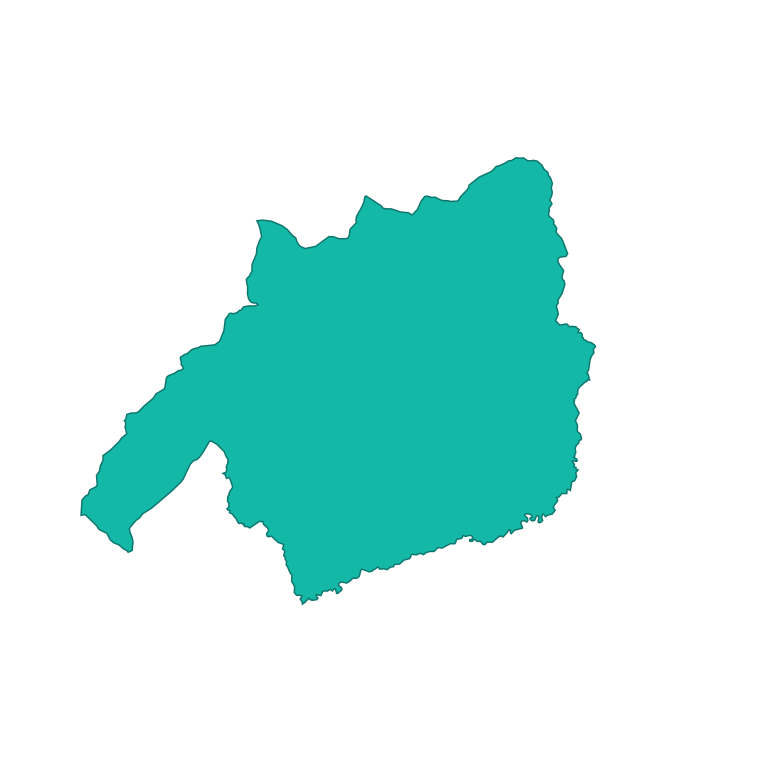 Paime, Cundinamarca, Colombia (orthographic projection), rotated 208°
{"feature_id": "7082276B96064980503158", "entity_name": "Paime", "entity_type": "district", "adm_level": 2, "iso_a3": "COL", "parent_name": "Colombia", "parent_adm1": "Cundinamarca", "projection": "orthographic", "projection_center": [-74.184, 5.386], "detail": "fine", "context": "isolated", "style": "filled", "palette": "teal", "viewbox_px": 768, "rotation_deg": 208, "n_neighbors": 0, "source": "geoboundaries", "source_scale": "gbopen_adm2", "svg_char_len": 6159}
<svg xmlns="http://www.w3.org/2000/svg" viewBox="0 0 768 768"><g transform="rotate(208 384 384)"><path d="M589.8,125.8L587.0,128.1L585.7,128.2L571.6,124.1L567.1,121.7L558.7,122.1L552.5,117.9L548.4,116.9L542.4,117.5L536.9,116.2L532.7,116.2L530.9,115.3L528.2,118.7L531.5,126.8L534.4,130.2L539.1,134.3L540.9,136.9L540.9,138.3L538.9,147.3L537.1,150.6L536.0,156.5L531.0,165.1L520.9,190.7L517.3,202.0L516.7,205.8L517.4,222.0L516.3,226.5L513.9,229.3L512.6,232.6L511.7,239.3L511.2,251.0L510.7,252.0L509.8,252.4L503.5,252.4L493.5,249.4L489.5,246.0L486.3,244.2L484.8,240.7L484.2,236.4L482.9,235.1L482.0,231.9L484.2,229.5L481.3,229.2L478.9,226.7L477.2,228.5L475.9,228.4L469.6,222.4L469.1,220.7L469.7,217.4L469.4,214.4L468.5,213.6L469.1,212.4L468.9,210.8L467.1,207.0L464.5,205.4L463.3,202.0L464.1,200.2L463.6,199.7L462.4,199.4L460.6,200.0L460.0,197.9L456.8,198.0L453.5,196.3L452.2,196.2L447.7,193.1L446.3,192.9L444.7,194.5L443.1,193.8L441.7,194.7L441.0,193.0L440.0,192.8L437.8,193.9L434.9,193.9L429.7,203.9L426.5,205.7L424.3,203.5L419.3,202.3L417.5,200.9L417.0,199.9L417.4,196.7L415.9,194.9L414.3,194.9L411.9,196.9L403.2,194.4L397.1,195.3L396.2,190.7L393.2,190.0L391.9,185.4L390.1,184.7L388.9,182.8L386.9,181.9L385.3,178.2L383.7,177.6L378.2,173.1L375.6,172.1L372.8,166.3L367.8,163.2L365.3,157.7L362.2,156.5L357.2,158.6L356.7,157.8L357.1,154.9L354.1,153.2L352.7,151.4L351.3,154.0L349.8,159.6L348.0,158.9L345.9,159.3L342.1,162.0L341.8,164.0L344.1,164.8L344.9,166.2L340.4,167.5L340.6,171.8L339.8,173.2L336.9,174.5L335.0,177.5L332.4,177.0L331.9,179.6L331.3,180.2L330.2,179.8L327.6,176.9L326.5,177.4L324.8,181.8L324.8,183.2L326.0,184.2L329.6,184.9L330.2,186.9L329.4,188.4L327.8,189.6L323.5,190.7L321.6,193.9L320.4,197.9L317.5,199.3L316.1,200.8L315.6,202.9L317.0,208.4L316.6,210.1L308.7,211.3L307.0,212.9L303.5,219.4L300.4,218.7L297.4,220.8L294.1,221.5L292.4,225.3L289.8,227.2L290.2,229.5L285.9,232.1L283.7,237.9L279.7,241.6L279.2,243.0L279.7,245.5L279.3,246.8L275.3,248.3L272.4,251.7L269.1,251.8L267.4,255.3L264.5,257.9L261.1,259.7L259.6,264.9L255.8,266.3L250.4,274.2L246.6,276.1L246.3,277.4L247.0,280.9L242.9,284.2L243.0,287.3L240.5,287.7L237.6,290.3L235.7,291.1L234.2,290.7L233.2,289.4L233.5,288.3L235.2,286.8L234.4,285.5L232.3,286.4L231.5,288.8L230.7,289.4L227.8,288.7L225.1,290.4L221.5,288.9L219.6,289.4L218.7,292.7L213.9,295.3L210.8,303.6L209.4,304.6L207.1,304.8L205.5,310.9L205.3,313.9L203.9,314.3L202.3,311.8L201.4,311.6L200.2,316.1L194.1,321.7L194.4,322.5L197.7,325.0L198.3,326.9L196.8,329.0L193.1,329.2L192.8,330.9L194.5,333.1L197.9,333.8L198.3,334.8L197.9,335.8L194.8,337.5L191.3,337.3L190.6,336.1L191.9,334.8L192.0,333.7L190.5,332.8L188.5,332.8L187.0,334.7L187.4,338.9L186.7,339.9L185.7,340.1L184.8,339.3L183.1,334.5L182.0,334.3L180.5,335.7L179.8,338.0L182.4,340.4L182.6,343.9L182.0,344.1L179.2,342.7L178.0,345.0L174.4,348.2L173.6,352.9L176.6,354.5L176.7,357.5L175.9,362.1L176.6,363.5L178.4,364.8L176.5,366.4L175.5,370.8L171.2,373.1L172.6,376.2L172.6,377.4L169.5,377.5L172.1,385.4L171.9,386.5L170.3,387.8L170.4,392.6L173.1,395.8L172.3,399.3L174.4,398.9L175.3,400.4L177.5,400.1L178.1,402.5L181.3,403.8L180.9,405.0L177.8,406.0L177.3,407.1L179.0,408.3L181.8,408.1L181.7,410.2L182.6,411.1L182.4,413.3L185.1,417.2L185.4,420.3L184.3,423.1L185.1,425.7L183.8,427.4L184.0,428.6L187.3,432.1L190.4,432.7L191.5,433.6L193.9,438.5L197.8,441.5L198.1,450.0L206.0,455.3L207.9,457.2L207.8,458.4L209.0,459.7L208.1,461.2L208.6,464.9L208.2,465.9L210.1,469.7L210.0,472.7L207.2,480.6L206.2,481.4L206.3,483.2L204.3,484.1L208.3,488.4L209.9,488.7L210.1,492.9L213.2,501.5L213.9,505.7L213.3,510.0L215.5,513.0L214.8,516.3L216.4,517.3L220.3,517.8L224.0,516.9L226.2,517.3L228.4,516.9L229.5,518.2L231.2,518.7L232.0,520.4L233.3,521.5L234.7,521.9L236.7,520.3L237.2,521.0L237.1,523.7L239.7,523.9L241.3,524.6L245.0,523.2L246.7,521.8L248.5,521.9L249.7,522.7L251.4,522.5L256.5,518.5L262.2,520.5L262.9,527.6L268.6,534.0L268.2,537.4L269.8,539.8L269.3,547.1L270.9,556.6L273.5,559.7L275.3,560.1L276.4,561.0L277.3,562.7L278.6,568.4L285.4,571.9L288.0,574.0L289.1,576.4L288.1,578.7L283.3,582.1L283.0,585.3L293.5,594.4L295.9,596.0L302.0,598.0L303.6,599.3L304.5,602.5L307.4,604.3L309.3,604.7L309.9,606.6L311.3,608.3L316.8,609.6L317.9,610.4L319.0,612.5L319.1,614.2L320.8,616.9L320.3,622.0L323.8,624.2L324.7,630.4L325.6,632.5L328.5,635.9L329.5,640.2L334.0,644.3L336.3,645.2L338.8,647.8L343.6,648.8L347.3,651.3L353.5,652.7L357.4,651.5L358.9,650.0L362.0,648.6L367.0,649.1L369.9,647.2L373.7,645.7L376.2,641.3L378.9,639.3L380.9,635.7L384.4,631.1L387.0,628.8L388.8,622.2L397.0,611.5L402.3,599.5L401.6,597.7L401.7,594.6L404.4,585.3L404.5,581.5L405.1,579.9L411.4,576.2L412.8,576.1L418.2,573.6L420.3,573.1L426.7,572.9L429.2,571.2L434.5,570.0L436.1,568.6L437.1,562.9L436.4,553.9L438.3,547.0L439.5,546.4L442.9,546.7L449.9,543.7L459.6,542.1L464.9,539.4L467.4,538.8L470.0,540.0L488.2,541.6L488.7,539.8L487.3,535.8L486.7,530.4L486.9,519.0L485.8,515.8L484.1,513.4L486.6,504.7L484.4,498.7L484.4,495.8L485.7,494.5L491.9,491.1L497.3,490.4L501.8,488.3L509.0,473.4L517.2,466.6L522.2,466.2L524.4,466.8L527.7,468.8L530.6,471.6L534.2,472.1L542.2,475.0L548.3,475.9L559.7,474.9L568.3,471.6L572.9,468.4L570.3,466.7L567.0,463.6L561.2,456.7L561.2,452.2L560.1,444.5L557.8,439.2L556.6,427.6L553.6,421.6L553.6,416.2L554.7,411.9L554.4,411.1L549.9,405.6L546.7,399.3L543.6,395.7L540.4,394.0L537.5,394.1L534.9,395.5L532.7,395.2L532.7,394.4L535.5,391.7L539.8,389.6L543.7,386.6L544.3,385.8L544.9,382.1L546.3,380.9L547.1,378.1L549.7,375.5L552.7,374.5L553.5,373.6L554.5,366.7L550.4,355.8L549.2,344.4L551.8,339.1L563.6,331.2L564.7,329.3L568.7,325.6L570.0,323.8L572.0,318.4L573.7,316.7L576.1,312.5L576.1,311.2L573.1,308.0L572.3,306.0L569.5,304.6L568.6,303.5L569.4,301.0L571.7,299.5L573.9,295.3L578.1,290.3L578.9,288.6L578.8,286.7L575.8,278.1L575.9,276.1L580.5,268.5L581.2,262.7L585.6,251.6L587.7,244.3L589.4,242.0L593.8,239.5L596.8,236.3L595.5,231.9L596.0,229.8L594.1,228.7L593.0,226.8L592.5,224.5L587.8,219.3L590.3,213.1L590.9,208.6L594.4,197.4L598.5,188.8L596.2,184.8L596.1,179.1L594.3,173.6L594.9,168.2L589.7,160.1L590.3,157.5L594.0,152.5L593.3,147.3L595.0,144.9L596.2,139.8L589.8,125.8Z" fill="#14b8a6" stroke="#0f766e" stroke-width="1.5"/></g></svg>